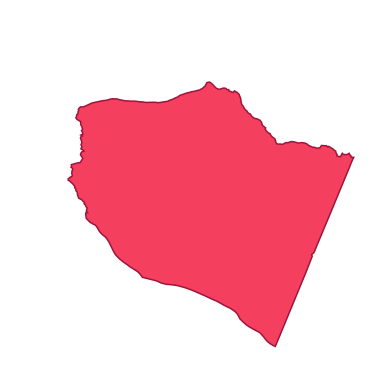 the district of Juruena, Mato Grosso, Brazil, rotated 113°
{"feature_id": "56859067B78925689258289", "entity_name": "Juruena", "entity_type": "district", "adm_level": 2, "iso_a3": "BRA", "parent_name": "Brazil", "parent_adm1": "Mato Grosso", "projection": "equal_earth", "projection_center": [-58.641, -10.397], "detail": "fine", "context": "isolated", "style": "filled", "palette": "rose", "viewbox_px": 384, "rotation_deg": 113, "n_neighbors": 0, "source": "geoboundaries", "source_scale": "gbopen_adm2", "svg_char_len": 3720}
<svg xmlns="http://www.w3.org/2000/svg" viewBox="0 0 384 384"><g transform="rotate(113 192 192)"><path d="M157.2,327.9L158.7,328.6L160.3,329.0L161.5,328.0L162.6,328.3L164.3,327.6L166.0,328.3L167.4,327.8L169.1,327.9L170.2,326.0L170.4,324.4L170.7,322.1L172.4,321.3L173.9,320.3L174.7,319.0L175.8,318.1L177.2,317.3L178.8,317.7L179.8,316.1L181.3,315.1L183.0,316.6L183.2,314.8L184.5,315.8L185.9,315.8L186.9,314.9L188.4,313.4L190.0,312.6L191.8,312.7L193.3,311.0L195.7,311.1L195.9,309.2L196.5,307.4L198.1,309.1L200.2,309.5L201.5,309.1L202.2,307.9L203.0,306.7L203.9,305.7L205.0,305.8L206.9,306.2L208.8,306.5L209.4,308.1L210.3,309.0L211.3,310.6L212.8,312.2L213.9,313.8L215.2,312.9L216.4,313.1L217.1,311.0L218.1,310.6L219.6,310.7L221.9,309.9L223.5,308.7L224.9,308.7L225.7,309.8L226.9,310.3L228.2,311.1L229.4,310.7L229.9,308.3L230.6,306.4L231.2,304.8L232.6,302.1L233.9,301.6L234.8,300.1L236.2,299.3L237.0,297.6L238.3,296.8L239.4,296.3L242.0,293.8L242.2,290.5L243.1,288.8L243.6,286.8L244.9,286.8L245.6,285.1L247.0,283.7L247.5,282.3L249.1,282.1L250.9,281.8L251.8,280.1L252.5,281.5L253.8,281.3L255.3,280.4L257.7,278.9L259.9,273.4L259.8,271.7L260.2,270.3L260.2,268.5L260.8,266.8L262.1,264.9L264.4,261.9L265.5,259.6L266.2,258.1L267.2,254.3L268.1,252.5L270.6,248.8L277.6,240.7L279.5,238.0L280.9,235.1L281.9,232.6L283.3,227.6L284.2,223.2L285.1,220.0L285.4,217.9L286.5,211.1L287.5,208.5L288.7,206.3L290.0,204.3L289.6,202.4L288.9,197.9L288.1,192.9L287.7,190.1L287.7,187.9L287.8,184.9L287.3,181.4L287.0,179.6L285.5,175.0L284.4,171.2L283.9,169.2L283.1,163.4L282.7,159.9L282.4,155.0L282.4,149.9L282.5,141.4L282.8,131.3L282.8,126.4L283.2,122.7L283.8,117.5L284.1,111.3L284.8,107.6L285.5,104.9L286.6,102.7L288.3,100.3L289.9,98.6L291.5,94.7L293.1,89.9L293.8,86.5L294.5,80.0L294.9,74.8L295.6,73.1L297.4,69.4L298.9,66.8L300.2,64.0L301.1,60.7L301.6,57.0L301.6,55.0L296.4,55.0L294.4,55.0L223.8,55.7L222.3,55.7L204.1,56.2L203.1,57.4L201.9,57.0L200.8,56.3L199.2,56.0L193.5,56.1L156.7,56.3L119.4,56.6L106.7,56.7L103.6,56.8L98.7,56.8L96.9,56.7L97.8,59.1L96.4,60.0L96.1,61.4L95.0,62.5L96.6,63.6L97.6,65.2L98.3,67.5L97.6,68.7L98.8,69.0L100.0,68.9L101.8,69.5L102.0,71.3L102.1,72.8L100.9,73.0L99.6,74.9L98.3,75.6L98.0,77.2L97.3,79.1L96.9,82.0L96.5,83.8L97.6,84.5L96.9,86.2L97.4,87.6L98.0,89.3L98.6,91.0L101.2,91.5L102.4,93.3L103.0,94.6L102.9,96.5L103.6,98.1L103.6,100.5L103.6,102.9L102.9,104.5L102.8,106.9L103.3,109.0L103.8,110.6L104.6,111.9L105.4,112.9L105.6,115.2L106.1,118.1L106.7,120.2L107.8,121.6L109.0,122.7L109.6,124.3L110.5,125.5L111.7,126.4L112.7,127.1L113.1,128.7L114.1,131.1L114.5,132.6L113.6,134.0L112.7,135.0L111.7,135.4L110.5,136.8L110.2,138.8L109.2,141.4L107.8,142.8L107.8,144.5L107.2,146.3L106.3,148.0L105.4,149.3L104.3,149.2L103.6,151.4L103.2,153.1L101.8,154.3L100.6,155.3L99.4,157.5L99.2,160.1L99.6,162.0L99.7,163.8L99.3,165.5L98.8,166.9L97.5,168.7L97.3,171.2L95.9,173.3L95.5,174.9L94.7,176.4L92.8,178.7L92.3,180.0L91.4,180.9L90.0,181.8L88.2,183.0L86.8,183.8L85.5,185.1L83.8,186.7L83.0,188.5L82.6,190.5L82.4,192.5L84.3,193.0L84.4,195.8L84.6,197.3L83.4,198.2L84.0,199.6L83.4,201.5L83.9,203.4L85.2,205.2L86.6,206.6L87.1,208.6L86.9,210.6L86.2,212.2L84.5,216.1L83.9,218.7L85.5,221.1L88.9,221.2L92.6,222.9L95.0,224.8L96.8,227.2L97.9,228.5L100.0,231.8L101.6,233.6L102.7,235.3L105.5,238.3L106.9,240.0L107.9,241.0L110.2,242.4L112.2,244.4L113.8,245.6L116.2,248.3L118.1,250.0L119.4,252.1L120.8,254.4L121.9,256.1L123.2,258.5L123.5,260.1L124.8,263.3L127.5,269.2L128.5,273.2L129.3,275.1L130.0,277.8L131.0,281.0L132.1,283.1L133.1,286.4L134.0,288.5L135.3,294.5L135.6,297.3L137.2,301.4L138.4,303.6L139.6,304.8L141.2,307.0L142.9,310.0L148.6,318.1L150.4,320.0L154.9,324.0L156.2,325.5L157.2,327.9Z" fill="#f43f5e" stroke="#9f1239" stroke-width="1.5"/></g></svg>